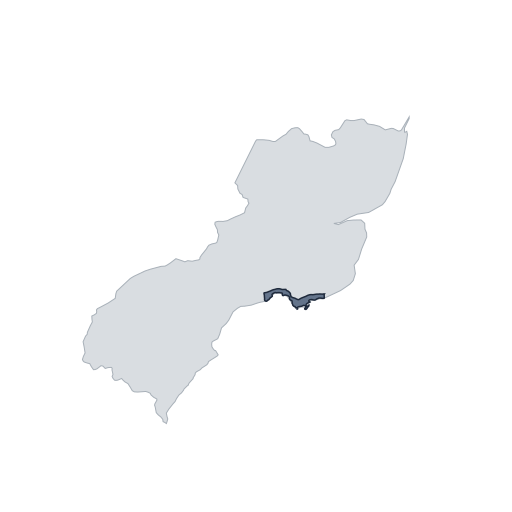 VI-6 Upper Canje/Corentyn, East Berbice-Corentyne, Guyana shown in context, rotated 60°
{"feature_id": "73187651B40141145905740", "entity_name": "VI-6 Upper Canje/Corentyn", "entity_type": "district", "adm_level": 2, "iso_a3": "GUY", "parent_name": "Guyana", "parent_adm1": "East Berbice-Corentyne", "projection": "equal_earth", "projection_center": [-57.578, 5.103], "detail": "fine", "context": "in_parent", "style": "filled", "palette": "slate", "viewbox_px": 512, "rotation_deg": 60, "n_neighbors": 0, "source": "geoboundaries", "source_scale": "gbopen_adm2", "svg_char_len": 7146}
<svg xmlns="http://www.w3.org/2000/svg" viewBox="0 0 512 512"><g transform="rotate(60 256 256)"><path d="M182.1,237.7L173.5,224.8L164.8,211.7L156.3,198.9L155.7,197.2L159.3,191.1L162.5,186.7L165.2,184.2L166.5,182.0L165.5,172.6L165.6,169.2L164.3,165.6L163.5,161.5L164.5,158.0L165.8,155.6L167.5,154.7L171.5,153.9L174.3,153.5L175.3,152.1L177.0,150.5L179.1,150.5L183.3,151.6L185.2,149.5L188.7,146.7L196.5,141.8L198.3,138.7L199.5,133.8L199.4,131.5L198.6,130.6L196.6,129.8L193.7,129.7L191.3,130.9L188.8,130.2L186.8,127.2L186.7,124.7L187.9,121.2L187.2,118.9L183.3,111.4L183.4,109.4L186.2,106.1L187.8,103.2L190.0,96.4L191.8,94.2L197.2,93.4L198.6,91.9L201.4,88.3L205.5,84.2L211.4,81.0L213.1,75.0L214.2,73.4L218.9,70.3L219.7,68.6L219.6,67.1L212.1,53.8L213.6,54.7L219.4,63.4L222.7,65.3L223.4,65.3L223.4,63.1L226.4,64.0L234.1,70.0L245.3,79.8L261.2,98.4L265.7,105.5L268.7,108.8L273.4,117.0L274.8,120.9L274.6,136.7L270.4,147.4L269.4,155.5L269.2,166.2L266.7,172.3L270.0,169.0L271.0,159.3L273.7,153.4L277.3,147.0L282.0,145.5L287.2,148.2L291.3,148.7L294.9,150.6L302.7,160.9L310.2,169.0L313.0,175.6L321.0,178.8L325.8,184.0L327.3,188.5L328.2,200.1L326.7,217.8L327.1,218.7L324.9,222.1L324.5,224.3L323.1,228.3L322.1,230.4L323.6,235.3L325.5,235.5L326.1,236.1L326.6,237.0L326.5,238.1L325.8,239.0L324.1,240.2L322.4,243.0L322.6,246.1L321.5,247.7L318.2,248.6L311.7,248.6L308.6,248.8L306.0,249.3L304.3,251.3L302.2,252.7L300.5,253.1L299.1,255.4L297.6,258.7L298.1,261.0L299.6,264.0L300.5,267.1L299.3,272.1L298.0,276.0L297.3,279.0L296.2,284.6L293.8,290.9L292.0,294.4L292.0,298.3L292.9,303.8L298.0,311.8L299.6,315.6L301.0,321.8L305.6,326.6L308.5,330.5L308.3,335.7L308.6,337.3L310.4,338.6L312.6,339.6L315.0,339.5L317.2,339.1L317.7,338.3L322.7,338.2L323.2,339.5L323.5,347.0L323.7,350.0L324.9,351.2L325.6,353.0L325.7,354.7L325.9,358.9L326.6,361.1L326.5,365.5L327.0,367.1L328.4,368.2L330.1,371.4L330.8,371.8L331.1,372.9L332.6,377.5L333.4,378.8L333.9,379.0L334.1,380.6L335.2,384.8L336.0,385.9L337.3,389.0L337.9,392.4L339.8,396.2L341.6,398.9L342.5,401.7L344.9,407.8L347.2,412.2L350.4,413.3L353.0,413.9L354.7,415.6L356.3,417.4L354.5,418.2L353.0,419.3L350.8,418.4L347.8,418.9L344.7,420.1L341.8,420.7L336.4,418.8L334.7,418.5L333.6,417.7L331.3,413.9L330.2,413.4L327.3,415.2L323.8,416.4L322.1,416.2L320.1,417.5L318.2,419.2L314.6,426.6L312.8,429.3L310.8,430.5L306.8,430.5L302.5,430.7L299.4,432.5L296.4,433.4L294.9,433.6L294.4,437.7L293.7,439.5L292.8,440.6L290.4,441.0L288.3,440.8L287.1,439.1L284.7,438.3L282.7,437.7L281.3,436.7L280.2,436.9L279.3,438.6L278.6,440.1L278.0,442.8L274.8,443.6L273.5,445.1L274.2,450.1L273.9,452.1L273.2,453.6L269.4,453.9L266.1,453.8L264.3,455.7L261.9,457.8L260.5,458.2L258.9,458.1L256.6,455.6L254.5,452.5L249.1,450.4L243.8,448.6L240.2,443.7L239.4,441.3L237.8,440.2L233.6,434.4L231.3,430.7L228.8,429.7L225.9,428.2L226.1,425.5L225.9,422.9L224.6,421.8L222.9,421.1L222.3,419.7L222.5,416.2L222.8,407.5L222.3,399.1L218.5,396.1L216.8,394.2L213.9,381.7L212.6,376.1L212.5,372.0L213.5,359.6L214.6,354.2L217.5,343.4L219.3,339.8L219.4,337.1L219.2,333.6L218.3,326.7L223.3,322.3L225.5,320.5L225.9,317.5L228.6,313.9L229.7,310.3L230.7,307.6L230.5,306.1L229.3,305.3L227.9,302.6L225.0,295.1L224.0,293.6L223.1,291.4L223.5,288.1L224.7,284.4L224.5,282.9L222.8,281.0L219.2,277.7L216.3,277.5L214.0,276.3L210.6,276.1L207.9,275.8L206.3,274.5L206.7,272.5L207.3,271.0L209.6,267.2L211.1,263.1L211.3,259.2L211.8,253.9L212.5,249.4L212.8,244.3L209.3,240.9L208.1,238.1L206.7,235.7L205.0,235.7L202.6,234.6L198.8,237.9L195.8,237.3L193.7,238.5L188.9,238.2L185.8,236.7L182.1,237.7Z" fill="#d9dde1" stroke="#a8b0b8" stroke-width="1"/><path d="M323.1,215.7L323.0,215.9L322.7,216.3L322.5,216.9L322.2,217.6L321.9,218.0L321.6,218.5L321.3,219.0L320.9,219.5L320.6,220.1L320.4,220.7L320.1,221.2L319.7,221.9L319.5,222.3L319.2,222.8L319.0,223.4L318.6,224.4L318.4,225.0L318.1,225.7L317.9,226.2L317.6,226.6L317.2,227.2L316.9,227.7L316.6,228.4L316.4,229.0L316.2,229.6L316.1,230.3L315.9,231.0L315.9,231.7L315.9,232.4L315.8,233.2L315.7,234.0L315.6,234.5L315.5,235.2L315.4,235.8L315.3,236.6L315.2,237.3L315.1,237.9L315.1,238.5L315.1,238.9L315.1,239.6L315.1,240.1L315.2,240.6L315.0,241.1L314.6,241.6L314.2,241.9L313.9,242.1L313.6,242.4L313.3,242.6L312.9,242.8L312.4,243.1L312.0,243.4L311.7,243.7L310.9,244.4L310.5,244.9L310.0,245.2L309.5,245.5L309.1,245.8L308.6,245.9L308.1,245.9L307.6,245.6L307.2,245.5L306.8,245.5L306.3,245.4L306.0,245.1L305.6,245.0L305.2,245.0L304.6,245.1L304.3,245.2L303.7,245.3L303.2,245.5L302.7,245.6L302.2,246.0L301.8,246.3L301.4,246.6L301.0,246.8L300.7,246.8L300.3,246.9L299.8,246.9L299.5,247.5L299.2,248.0L298.9,248.5L298.7,249.0L298.3,249.7L298.0,250.2L297.6,250.5L297.3,250.9L296.9,251.2L296.5,251.6L296.2,252.0L295.8,252.4L295.6,252.9L295.4,253.3L295.1,253.8L294.9,254.3L294.6,255.2L294.5,255.9L294.3,256.5L294.1,257.1L293.9,257.7L293.7,258.7L293.6,259.3L293.6,259.8L293.5,260.4L293.5,261.0L293.4,261.6L293.2,262.3L293.2,262.9L293.1,263.4L293.0,264.1L292.9,264.8L292.7,265.4L292.5,266.0L292.3,266.5L292.1,267.0L292.0,267.4L292.3,267.7L292.6,267.9L293.1,268.1L293.5,268.1L293.9,268.3L294.3,268.5L294.7,268.6L295.2,268.9L295.5,269.1L295.9,269.3L296.3,269.4L296.7,269.6L297.1,269.8L297.4,270.0L297.8,270.3L298.1,270.4L298.5,270.6L299.0,270.6L299.4,270.5L299.7,270.2L300.2,270.0L300.3,269.7L300.5,269.2L300.4,268.7L300.2,268.3L300.1,267.8L300.2,267.1L300.2,266.7L299.6,265.3L299.3,264.6L299.3,264.3L299.2,262.8L299.0,262.0L298.6,261.8L297.5,261.5L297.4,261.4L297.1,260.9L297.0,259.7L297.0,258.9L297.1,258.0L297.3,257.5L298.0,256.8L298.7,255.3L299.4,254.1L299.9,253.4L300.2,253.1L300.8,252.3L301.3,251.9L301.6,251.9L302.3,252.3L303.0,252.6L303.4,252.7L303.7,252.5L303.9,252.3L304.0,251.9L304.1,250.8L304.4,250.2L305.4,249.1L305.6,248.9L305.8,248.7L306.4,248.2L306.9,247.9L307.2,247.7L308.3,247.6L308.8,247.7L309.5,248.2L310.0,248.5L310.5,248.4L311.1,248.3L311.3,248.2L312.6,247.4L313.0,247.3L314.3,247.9L314.7,248.1L314.8,248.2L315.4,248.4L316.1,248.4L316.7,248.6L317.2,248.7L317.4,248.6L318.1,248.5L318.5,248.2L318.8,248.0L319.1,247.6L319.6,247.4L319.9,247.4L320.6,247.4L321.0,246.8L321.1,246.7L321.6,246.6L322.3,246.7L322.6,246.9L322.7,246.6L322.2,246.3L321.6,246.1L321.4,245.9L321.2,245.5L321.2,244.9L321.4,243.9L321.7,243.2L322.3,241.7L322.4,241.1L322.4,239.9L322.5,239.5L322.8,239.1L323.2,238.6L323.8,238.3L324.3,238.1L324.9,238.3L325.3,238.7L325.7,239.3L325.9,240.1L326.2,240.3L326.4,240.3L327.0,239.8L327.2,239.5L327.2,239.2L326.9,238.1L326.4,237.4L325.9,236.1L325.8,235.5L325.6,235.1L325.2,234.8L325.0,234.7L325.0,234.9L325.0,235.2L325.2,235.8L325.3,236.3L325.2,236.8L325.1,237.1L324.8,237.3L324.3,237.4L323.9,237.3L323.4,237.1L323.0,236.7L322.7,236.1L322.6,235.5L322.6,234.3L322.9,232.8L322.9,232.3L322.6,232.4L322.3,232.6L322.0,232.8L321.8,232.9L321.4,232.8L321.0,232.5L320.9,232.1L320.8,231.6L321.0,230.8L321.5,229.6L321.9,229.1L322.3,228.8L322.3,228.7L323.1,227.9L323.3,227.6L323.6,227.0L323.7,226.2L323.6,224.5L323.7,223.7L323.8,223.1L323.9,222.6L324.3,221.8L325.1,220.6L325.6,220.1L325.9,219.6L326.5,218.3L326.6,218.0L326.4,217.8L325.9,217.5L325.5,217.3L324.9,217.0L324.4,216.8L324.0,216.5L323.4,216.2L323.1,215.7Z" fill="#64748b" stroke="#1e293b" stroke-width="1.5"/></g></svg>